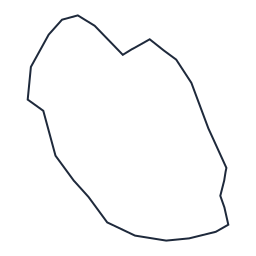 O'lziit, Arhangay, Mongolia
{"feature_id": "93677404B45514860286608", "entity_name": "O'lziit", "entity_type": "district", "adm_level": 2, "iso_a3": "MNG", "parent_name": "Mongolia", "parent_adm1": "Arhangay", "projection": "albers", "projection_center": [102.546, 48.095], "detail": "fine", "context": "isolated", "style": "outline", "palette": "slate", "viewbox_px": 256, "rotation_deg": 0, "n_neighbors": 0, "source": "geoboundaries", "source_scale": "gbopen_adm2", "svg_char_len": 555}
<svg xmlns="http://www.w3.org/2000/svg" viewBox="0 0 256 256"><path d="M107.2,222.4L135.0,235.6L166.2,240.6L188.8,238.4L189.0,238.4L215.8,231.8L228.3,224.7L224.4,207.4L220.3,195.8L224.2,180.5L225.6,171.7L226.4,167.9L210.8,133.7L208.4,128.5L207.4,125.8L195.6,94.2L191.4,82.9L176.2,59.6L164.5,51.0L163.7,50.4L149.7,39.3L132.6,48.9L132.4,48.9L122.8,54.8L94.7,25.8L77.8,15.4L62.0,19.7L48.7,34.6L30.9,66.9L27.7,99.6L43.3,110.8L55.5,155.7L65.4,169.2L73.9,180.8L74.6,181.5L88.2,196.6L88.4,196.8L107.2,222.4Z" fill="none" stroke="#1e293b" stroke-width="2"/></svg>